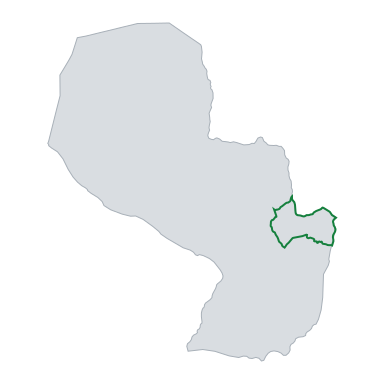 where Canindeyú sits in Paraguay
{"feature_id": "PRY-619", "entity_name": "Canindeyú", "entity_type": "Department", "adm_level": 1, "iso_a3": "PRY", "parent_name": "Paraguay", "parent_adm1": "", "projection": "natural_earth1", "projection_center": [-55.27, -24.157], "detail": "fine", "context": "in_parent", "style": "outline", "palette": "green", "viewbox_px": 384, "rotation_deg": 0, "n_neighbors": 0, "source": "natural_earth", "source_scale": "10m", "svg_char_len": 5663}
<svg xmlns="http://www.w3.org/2000/svg" viewBox="0 0 384 384"><path d="M201.5,58.9L202.3,61.9L202.7,64.2L203.9,65.8L205.0,67.9L206.2,69.2L207.0,71.2L206.7,73.5L207.2,76.4L207.8,79.0L208.4,79.7L210.0,80.4L210.8,82.7L210.2,83.9L210.5,85.2L211.1,86.5L210.5,87.8L210.8,88.8L211.9,89.7L213.0,92.9L213.1,98.5L212.0,101.4L211.1,103.9L210.9,105.4L211.6,107.5L210.4,110.1L209.1,113.2L209.4,115.3L209.7,117.4L209.8,119.5L210.2,121.6L209.7,123.7L209.3,125.6L209.0,127.8L209.6,130.2L208.6,132.5L208.1,134.1L207.8,135.8L208.9,138.3L211.5,139.4L213.5,139.7L215.5,138.3L216.9,137.9L219.7,139.1L222.2,141.3L225.3,141.6L228.2,142.0L230.3,142.6L233.5,141.8L236.8,142.6L240.7,143.9L243.8,144.9L247.0,144.7L249.4,144.5L251.9,143.3L254.3,143.5L256.1,141.3L257.1,139.4L258.0,138.0L260.6,137.0L262.4,137.6L263.9,141.2L266.5,143.2L267.6,144.7L269.5,145.3L273.7,145.5L276.3,145.3L279.2,146.4L281.2,146.4L282.9,148.3L284.5,150.6L284.7,154.8L286.2,158.0L288.1,159.3L289.1,161.3L288.8,164.1L287.9,167.0L288.0,170.1L289.0,172.9L289.0,175.8L289.7,178.6L291.1,181.0L291.5,184.9L291.3,187.8L292.2,189.4L292.5,191.7L292.0,193.6L291.7,196.2L291.9,198.5L292.5,200.4L294.6,202.8L295.1,207.1L295.1,210.1L296.0,213.6L297.7,215.2L300.5,215.8L303.6,216.3L307.5,215.5L310.8,214.6L312.8,213.6L316.5,211.0L319.8,209.6L321.5,208.6L323.1,207.9L326.3,209.6L329.4,211.6L331.8,214.4L336.2,217.5L335.3,218.3L333.5,220.8L333.6,223.8L334.8,228.1L333.7,237.2L330.2,251.1L328.8,259.2L329.4,261.4L328.2,265.5L323.5,274.2L323.3,280.0L322.7,297.6L321.1,310.0L318.5,319.2L316.1,324.1L314.0,324.7L312.4,326.1L311.5,328.5L309.7,330.4L307.2,331.9L305.8,333.6L305.6,335.5L303.1,336.7L298.5,337.2L295.7,338.7L294.9,341.1L293.3,343.0L291.0,344.4L289.9,346.8L290.1,350.1L288.7,352.9L286.0,355.3L283.4,355.3L281.1,353.1L277.9,351.6L274.0,350.9L270.7,351.5L268.1,353.3L265.8,356.3L263.8,360.3L261.5,361.0L259.0,358.3L255.9,357.4L252.1,358.5L249.0,358.1L246.8,356.3L243.3,356.1L238.7,357.5L229.2,355.9L214.9,351.3L202.8,349.5L188.1,351.2L186.8,346.3L187.5,343.7L189.9,341.7L191.4,339.5L192.0,337.0L193.6,335.1L196.3,333.8L197.5,332.5L197.1,331.1L197.6,329.9L199.2,328.9L200.1,327.3L200.3,325.1L200.8,324.0L201.9,323.2L202.0,321.6L201.4,316.9L201.4,313.0L202.1,310.0L203.0,308.1L203.7,307.7L204.3,306.6L204.5,304.8L205.5,303.1L210.2,299.6L211.9,297.7L212.1,295.9L212.8,293.6L215.6,288.5L216.4,286.2L216.5,285.0L217.5,283.8L220.9,281.0L222.7,278.3L223.0,275.9L222.1,273.1L220.2,269.9L214.1,262.1L209.4,258.5L203.3,255.6L199.4,254.6L197.5,255.6L195.5,254.8L193.5,252.2L190.2,250.1L183.2,247.8L167.4,238.6L161.0,234.2L158.8,231.4L152.9,226.5L143.1,219.4L135.7,216.0L130.5,216.2L122.1,214.1L110.7,209.8L104.0,205.6L102.2,201.6L97.9,197.5L91.2,193.4L87.7,190.7L87.4,189.5L85.4,187.8L81.7,185.7L77.6,182.2L73.1,177.1L68.2,169.4L63.0,158.9L57.5,151.8L51.7,148.1L48.7,145.7L48.7,144.5L47.8,143.4L48.6,141.4L50.6,133.4L53.5,121.8L56.5,109.8L60.1,95.7L60.0,85.7L59.9,75.1L65.1,66.5L68.8,60.3L72.0,54.4L75.2,44.4L77.3,37.7L85.8,36.1L100.1,32.6L107.2,30.9L122.3,27.2L137.6,23.5L153.7,23.3L169.2,23.0L181.3,31.4L190.5,37.7L200.7,44.7L201.4,46.3L202.1,52.1L201.5,58.9Z" fill="#d9dde1" stroke="#a8b0b8" stroke-width="1"/><path d="M292.0,196.4L292.0,196.5L292.0,198.0L292.1,199.4L292.8,200.4L294.3,202.2L295.0,204.8L295.6,212.7L295.9,213.7L296.7,214.7L297.7,215.2L299.9,215.4L300.9,215.6L302.2,216.1L303.4,216.4L304.6,216.3L305.8,215.6L306.6,215.1L308.8,215.1L309.9,214.8L310.4,214.5L311.6,214.4L312.2,214.3L312.8,214.0L313.5,212.9L313.9,212.4L316.2,211.0L320.6,209.3L321.2,208.9L322.1,207.9L322.6,207.6L323.5,207.9L329.3,211.5L330.0,212.1L331.9,215.0L335.1,217.1L336.0,217.7L335.3,218.3L334.1,219.3L333.3,220.4L333.0,221.7L333.1,222.3L333.5,223.6L333.7,225.2L333.9,225.7L334.7,226.9L335.0,227.8L335.5,229.1L335.4,230.3L335.1,231.5L334.7,232.4L333.4,234.6L333.0,235.9L332.9,237.2L333.4,240.0L333.4,241.3L332.1,245.5L331.3,245.1L330.8,245.1L330.0,245.1L329.2,245.2L328.3,245.1L327.5,245.0L326.6,244.5L325.6,244.2L323.0,243.8L322.6,243.6L322.4,243.3L322.2,243.0L321.9,242.0L321.7,241.8L321.6,241.7L321.3,241.8L320.8,241.9L320.5,242.0L320.3,241.9L320.0,241.8L319.6,241.6L319.3,241.5L318.9,241.6L318.7,241.8L318.3,242.3L318.1,242.5L317.9,242.7L317.8,242.8L317.6,242.9L317.4,242.9L317.2,242.8L317.0,242.5L317.0,242.2L317.1,241.9L316.9,241.6L316.7,241.5L316.2,241.4L314.9,241.4L314.6,241.3L314.4,241.2L314.1,241.0L314.1,240.7L314.2,240.3L314.2,240.1L314.2,239.8L314.2,239.4L313.8,239.0L313.1,238.6L310.5,237.7L310.2,237.7L309.7,237.8L308.9,238.1L308.5,238.2L308.0,238.1L307.5,237.9L307.0,237.4L306.9,236.9L306.8,236.4L307.0,234.9L306.3,234.7L302.5,236.1L293.5,237.8L292.8,238.0L292.4,238.3L288.7,242.7L287.0,244.2L286.5,244.8L285.5,246.4L284.6,247.6L282.8,246.4L282.5,246.1L282.2,245.7L282.0,245.1L281.7,244.1L281.0,243.4L280.5,242.8L279.5,242.1L279.1,241.6L278.7,240.7L278.2,239.0L277.5,237.3L275.7,234.6L275.0,232.8L274.8,232.5L274.6,232.3L274.3,232.2L273.7,231.9L273.4,231.8L273.1,231.5L272.8,231.2L272.6,230.9L272.4,230.5L272.2,230.0L272.1,229.4L271.9,228.1L271.8,227.6L271.7,227.2L270.8,226.3L270.7,225.8L270.7,225.0L270.9,223.1L270.9,222.2L271.0,221.5L271.1,221.3L271.8,220.3L271.9,220.2L272.1,220.1L273.1,219.8L273.3,219.7L273.8,219.0L274.6,218.1L275.0,217.5L275.5,216.9L275.8,216.8L276.0,216.8L276.3,216.8L276.4,216.5L276.2,215.6L274.1,209.4L274.5,209.7L275.0,210.0L275.4,210.1L275.6,210.0L275.8,210.0L276.1,209.8L276.3,209.7L277.5,209.6L278.4,209.3L279.3,208.9L279.6,208.7L279.8,208.4L280.3,207.5L280.6,207.1L282.1,206.2L285.6,203.4L286.4,202.9L286.9,202.7L287.8,202.6L288.1,202.6L288.4,202.4L289.8,201.5L290.2,201.1L290.4,200.7L290.7,199.1L291.3,197.3L291.7,196.7L292.0,196.4L292.0,196.4Z" fill="none" stroke="#15803d" stroke-width="2"/></svg>